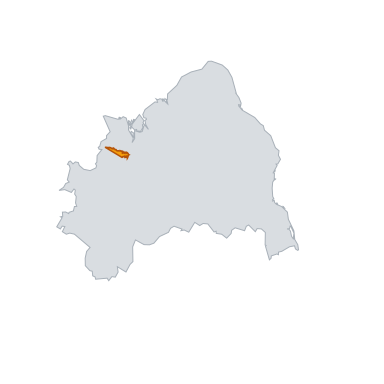 Alenquer, Pará, Brazil (highlighted), rotated 301°
{"feature_id": "56859067B11405139062932", "entity_name": "Alenquer", "entity_type": "district", "adm_level": 2, "iso_a3": "BRA", "parent_name": "Brazil", "parent_adm1": "Pará", "projection": "orthographic", "projection_center": [-54.835, -0.309], "detail": "fine", "context": "in_parent", "style": "filled", "palette": "amber", "viewbox_px": 384, "rotation_deg": 301, "n_neighbors": 0, "source": "geoboundaries", "source_scale": "gbopen_adm2", "svg_char_len": 6411}
<svg xmlns="http://www.w3.org/2000/svg" viewBox="0 0 384 384"><g transform="rotate(301 192 192)"><path d="M111.3,97.1L114.7,100.1L119.0,98.7L120.3,100.6L122.7,97.8L128.5,95.1L129.8,92.5L133.5,91.0L133.8,89.3L129.5,88.8L128.5,81.7L124.9,77.2L129.8,79.5L134.2,79.4L137.3,81.6L138.2,78.9L149.3,75.5L151.7,73.2L151.6,71.0L154.9,70.9L155.9,71.9L154.8,75.5L157.7,76.5L158.7,79.4L156.7,81.7L155.7,87.5L157.9,93.7L163.1,97.2L165.4,96.7L166.5,94.7L168.5,95.1L174.4,91.9L182.0,92.9L180.8,90.3L182.0,88.6L183.5,89.4L188.4,88.1L193.9,91.2L196.3,89.7L201.5,90.8L211.3,76.9L212.8,78.4L216.2,91.1L217.8,93.1L221.1,94.2L221.5,97.5L215.9,103.6L212.5,105.6L207.9,114.0L203.5,115.2L208.2,115.4L215.0,111.2L216.3,116.5L218.2,118.2L225.3,116.4L223.2,122.4L226.0,117.6L229.2,114.8L230.8,115.6L231.6,114.7L230.9,112.5L233.1,109.9L238.6,109.3L250.2,113.9L251.1,116.3L252.7,114.6L255.4,116.5L256.1,118.5L254.7,119.9L255.3,120.6L256.8,119.2L257.1,120.5L255.8,121.9L254.9,126.0L256.7,124.3L258.1,121.2L258.3,123.4L263.5,120.6L275.6,124.1L285.2,123.8L294.4,129.4L302.4,137.2L312.3,138.6L314.2,141.4L316.4,152.6L315.0,159.9L310.8,167.2L299.4,179.1L299.5,178.1L297.1,183.6L293.5,188.3L291.8,189.0L290.8,186.9L289.7,187.9L288.0,193.0L288.2,207.4L285.6,215.6L285.6,218.9L282.3,222.3L280.8,230.5L272.9,240.7L272.2,245.3L267.9,247.2L265.6,251.0L260.2,251.1L259.2,249.7L258.6,251.3L250.2,251.7L250.5,253.0L245.0,256.1L242.0,256.1L236.6,258.7L229.7,263.5L228.3,265.7L227.2,264.9L226.7,265.9L225.3,265.4L227.1,266.8L225.5,268.3L224.9,270.7L225.7,276.2L223.9,284.1L218.2,288.7L211.1,299.4L204.8,304.1L204.7,302.6L209.2,300.6L213.2,294.8L213.4,293.7L210.8,294.4L209.3,292.5L210.0,294.3L209.2,296.5L205.3,300.1L204.0,302.9L204.3,304.4L201.3,309.8L197.3,313.1L196.4,312.6L196.5,310.0L198.7,307.6L195.3,303.8L187.4,299.5L185.0,297.1L182.8,298.4L182.6,296.7L178.1,292.9L175.9,293.9L173.7,293.3L183.3,283.0L184.4,283.0L184.2,282.0L195.1,275.7L196.1,270.5L194.2,266.7L190.6,266.7L192.9,257.6L190.6,256.2L185.9,257.0L183.5,247.4L179.6,245.7L176.6,246.9L170.3,245.5L171.1,239.2L169.0,234.1L170.8,232.9L169.1,231.5L172.8,222.0L170.7,217.7L167.2,215.9L167.4,210.0L155.9,209.9L155.4,204.9L153.2,202.5L155.1,202.5L153.4,194.2L149.8,192.3L145.3,192.6L137.1,187.1L128.5,185.7L124.8,182.7L122.2,178.0L121.8,168.2L114.4,169.4L101.9,177.2L98.1,176.2L89.4,176.6L89.5,166.5L85.3,169.9L79.5,170.1L78.2,166.9L73.1,166.3L74.4,163.6L67.6,154.3L69.3,152.7L69.0,150.1L72.7,147.3L72.0,144.9L73.9,138.5L80.3,134.5L86.8,132.3L92.0,133.2L95.3,112.9L93.8,108.4L91.1,106.0L91.2,101.3L96.9,100.8L95.9,98.3L92.5,98.2L92.5,94.0L103.1,93.9L103.0,92.1L104.6,93.7L108.0,91.3L109.8,94.0L110.0,97.4L111.3,97.1ZM219.2,105.8L231.3,107.0L228.4,114.1L226.2,114.3L225.8,115.5L224.0,114.9L222.1,116.7L217.5,116.7L215.9,113.1L217.1,112.3L215.7,111.0L216.6,106.8L219.2,105.8ZM208.9,114.4L210.8,109.3L212.7,108.6L212.5,111.7L208.9,114.4ZM222.6,103.3L221.4,105.2L218.6,104.8L219.1,103.5L222.6,103.3ZM218.4,101.2L218.0,105.1L216.8,104.7L218.4,101.2ZM224.5,105.8L222.7,106.0L222.0,105.7L224.1,104.5L224.5,105.8ZM216.6,105.9L214.8,107.2L214.1,106.5L215.4,105.4L216.6,105.9ZM219.9,102.5L219.0,101.7L220.5,100.9L220.6,101.6L219.9,102.5ZM218.9,92.4L217.9,92.6L217.6,91.2L218.6,91.1L218.9,92.4ZM225.9,279.5L225.7,278.4L226.5,277.4L226.6,277.7L225.9,279.5ZM246.0,255.7L246.2,257.0L245.1,256.7L246.0,255.7ZM225.8,271.5L225.4,270.9L226.1,270.2L226.4,270.5L225.8,271.5ZM256.4,123.4L255.7,124.9L256.5,122.8L256.4,123.4ZM291.2,189.2L290.0,189.6L290.8,188.5L291.2,189.2ZM253.2,252.2L252.0,252.6L251.8,252.4L252.6,251.8L253.2,252.2ZM289.2,191.8L288.7,192.6L288.4,192.1L289.2,191.8ZM253.3,113.3L253.4,114.2L253.0,114.0L253.3,113.3Z" fill="#d9dde1" stroke="#a8b0b8" stroke-width="1"/><path d="M189.2,102.6L189.2,102.4L189.3,102.2L189.2,101.9L188.9,101.8L188.7,101.8L188.2,101.9L188.2,101.7L188.3,101.6L188.4,101.4L188.4,101.2L188.2,101.1L187.9,101.0L187.8,100.8L187.9,100.6L187.9,100.4L188.0,100.3L188.0,100.2L188.1,99.9L188.0,99.7L188.1,99.4L188.0,99.2L187.8,99.1L187.7,99.0L187.7,98.8L187.8,98.5L187.7,98.3L187.6,98.1L187.3,98.2L187.1,98.1L186.9,98.1L186.8,97.9L186.9,97.7L186.9,97.2L186.6,97.0L186.5,96.9L186.6,96.7L186.6,96.4L186.4,96.1L186.2,96.0L186.1,95.8L186.1,95.7L186.1,95.4L185.9,95.4L186.0,95.1L185.9,95.0L185.8,94.9L185.6,95.0L185.6,114.2L185.7,114.3L186.0,114.4L186.1,114.5L186.3,114.5L186.5,114.6L186.7,114.8L186.8,114.8L186.9,114.7L187.0,114.8L187.1,115.0L187.3,115.3L187.3,115.2L187.4,115.3L187.5,115.4L187.5,115.5L187.7,115.8L187.8,115.8L187.7,115.8L187.8,115.9L187.7,116.0L187.8,116.0L187.9,116.3L187.8,116.5L188.0,116.6L188.1,116.8L188.2,116.7L188.2,116.8L188.4,116.8L188.5,116.9L188.6,117.0L188.8,117.1L188.7,117.2L188.6,117.4L188.5,117.5L188.0,117.5L187.9,117.5L188.0,117.6L187.9,117.6L188.0,117.7L188.3,117.5L188.5,117.9L188.7,118.0L188.8,118.0L188.8,117.9L189.0,117.9L189.2,118.0L188.9,118.1L188.7,118.2L188.3,118.3L188.2,118.4L188.0,118.5L187.9,118.9L187.9,119.0L187.6,119.2L188.3,119.2L188.7,119.0L188.8,118.9L189.0,118.9L189.3,119.0L189.5,118.9L189.8,118.8L189.9,118.7L190.0,118.6L190.9,118.6L191.2,118.7L191.5,118.9L191.5,118.6L191.3,118.5L191.3,118.4L191.5,118.2L191.7,117.9L191.8,117.7L192.0,117.5L192.1,117.4L192.1,117.2L192.0,116.9L192.2,116.6L192.1,116.4L192.4,116.3L192.4,116.2L192.4,115.9L192.3,115.7L192.2,115.7L192.3,115.6L192.4,115.4L192.3,115.2L192.2,115.1L192.2,115.3L192.2,115.2L191.9,114.8L191.7,114.9L191.5,115.0L191.4,114.8L191.2,115.0L191.1,114.9L191.0,114.7L190.9,114.7L190.7,114.6L190.6,114.4L190.7,114.2L190.6,113.9L190.7,113.7L190.6,113.8L190.6,113.7L190.7,113.4L190.7,113.2L190.8,113.2L190.7,113.1L190.8,113.0L190.7,113.0L190.4,113.2L190.3,112.8L190.2,112.8L190.3,112.6L190.3,112.4L190.2,112.4L190.3,112.3L190.3,112.2L190.2,112.1L190.4,112.1L190.5,112.0L190.4,112.0L190.4,111.9L190.5,111.8L190.4,111.8L190.5,111.7L190.8,111.6L190.7,111.6L190.8,111.5L190.9,111.2L190.8,110.8L190.8,110.7L190.7,110.7L190.5,110.4L190.6,110.2L190.4,110.1L190.3,109.8L190.3,109.6L190.2,109.7L190.3,109.5L190.3,109.3L190.4,109.2L190.1,108.9L189.9,108.7L189.6,108.4L189.6,108.2L189.5,107.9L189.4,107.9L189.4,108.0L189.5,107.7L189.4,107.5L189.3,107.4L189.2,107.5L189.1,107.4L189.1,107.2L188.9,106.9L188.7,106.7L188.8,106.5L188.8,106.4L188.8,106.1L188.8,105.7L189.0,105.6L189.1,105.4L189.1,105.2L189.2,104.9L189.0,104.7L188.9,104.4L188.7,104.2L188.9,103.9L188.9,103.7L188.9,103.4L188.9,103.2L188.9,102.9L189.1,102.8L189.2,102.6Z" fill="#f59e0b" stroke="#b45309" stroke-width="1.5"/></g></svg>